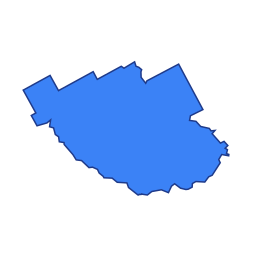 Clark, Arkansas, United States of America, rotated 330°
{"feature_id": "52423323B93240032804570", "entity_name": "Clark", "entity_type": "district", "adm_level": 2, "iso_a3": "USA", "parent_name": "United States of America", "parent_adm1": "Arkansas", "projection": "robinson", "projection_center": [-93.197, 34.055], "detail": "fine", "context": "isolated", "style": "filled", "palette": "blue", "viewbox_px": 256, "rotation_deg": 330, "n_neighbors": 0, "source": "geoboundaries", "source_scale": "gbopen_adm2", "svg_char_len": 1324}
<svg xmlns="http://www.w3.org/2000/svg" viewBox="0 0 256 256"><g transform="rotate(330 128 128)"><path d="M56.2,42.8L55.7,68.9L50.5,68.8L50.3,80.6L60.4,83.1L65.0,82.3L60.7,87.7L63.6,90.7L61.8,97.3L63.5,100.9L61.6,105.6L65.3,108.6L64.5,110.4L67.0,123.5L67.2,129.7L71.5,133.0L74.4,142.8L77.7,144.2L80.9,148.6L80.5,152.6L82.3,157.3L82.3,159.1L89.2,163.5L91.5,169.6L99.6,175.0L98.7,179.8L103.1,190.9L103.3,191.1L103.6,191.2L103.9,191.3L104.0,191.3L104.0,191.2L104.3,191.0L104.5,191.0L104.8,191.3L105.0,191.4L105.3,191.5L105.7,191.9L105.8,192.0L106.0,192.1L106.3,192.1L106.5,192.1L106.7,191.9L106.9,191.9L107.0,192.0L107.0,192.3L111.3,195.7L116.9,194.9L126.0,198.2L130.7,204.2L136.6,200.1L140.5,199.6L143.4,206.4L147.4,210.2L149.5,211.1L154.0,211.3L156.0,208.3L160.0,208.3L167.5,213.2L173.5,210.6L177.3,211.0L190.5,204.2L190.8,200.7L195.9,197.8L201.3,202.4L202.1,201.3L200.5,199.4L203.3,196.5L202.0,194.1L205.7,193.1L204.5,187.6L200.5,187.3L198.0,175.0L202.1,173.6L198.5,172.0L198.2,169.0L191.7,163.0L190.2,156.2L185.1,152.2L188.2,148.6L202.1,149.5L203.2,115.2L203.8,98.0L168.0,96.6L165.7,98.1L164.7,90.7L167.3,85.8L169.0,84.3L167.7,80.8L165.8,78.5L166.8,74.0L154.4,74.2L153.0,71.2L125.7,70.5L126.0,61.8L112.9,61.5L87.9,60.9L86.5,60.9L86.8,43.5L73.7,43.2L56.2,42.8Z" fill="#3b82f6" stroke="#1e3a8a" stroke-width="1.5"/></g></svg>